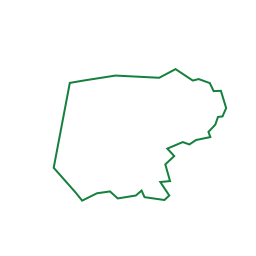 Doddridge, West Virginia, United States of America, rotated 37°
{"feature_id": "52423323B8788265291879", "entity_name": "Doddridge", "entity_type": "district", "adm_level": 2, "iso_a3": "USA", "parent_name": "United States of America", "parent_adm1": "West Virginia", "projection": "natural_earth1", "projection_center": [-80.633, 39.271], "detail": "fine", "context": "isolated", "style": "outline", "palette": "green", "viewbox_px": 256, "rotation_deg": 37, "n_neighbors": 0, "source": "geoboundaries", "source_scale": "gbopen_adm2", "svg_char_len": 578}
<svg xmlns="http://www.w3.org/2000/svg" viewBox="0 0 256 256"><g transform="rotate(37 128 128)"><path d="M124.7,211.0L135.1,213.6L142.5,198.8L151.8,189.5L162.2,190.4L174.9,177.2L176.5,169.8L182.8,173.3L200.4,163.6L201.6,157.1L186.3,151.7L193.5,145.1L179.7,134.6L181.8,122.6L171.8,120.8L180.2,106.3L186.9,104.2L189.6,96.6L199.2,85.7L194.6,82.7L195.7,72.7L193.2,65.0L196.5,61.9L194.4,53.0L179.8,42.4L174.2,47.0L166.3,42.9L155.0,46.4L151.2,51.1L130.5,52.4L122.7,69.1L86.4,93.7L63.9,116.9L54.4,127.0L92.6,204.5L124.7,211.0Z" fill="none" stroke="#15803d" stroke-width="2"/></g></svg>